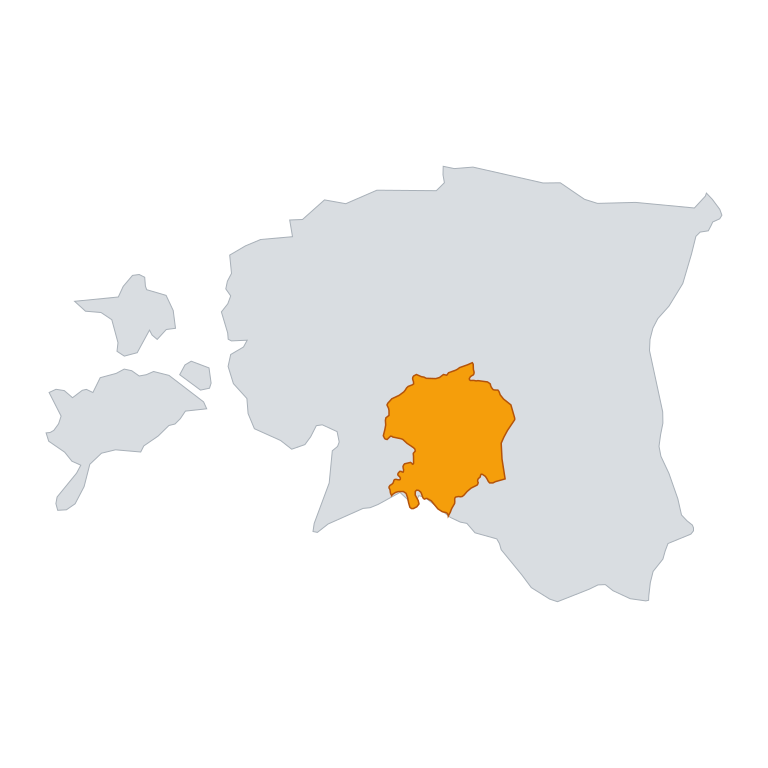 where Viljandi sits in Estonia
{"feature_id": "EST-2350", "entity_name": "Viljandi", "entity_type": "County", "adm_level": 1, "iso_a3": "EST", "parent_name": "Estonia", "parent_adm1": "", "projection": "albers", "projection_center": [25.42, 58.32], "detail": "fine", "context": "in_parent", "style": "filled", "palette": "amber", "viewbox_px": 768, "rotation_deg": 0, "n_neighbors": 0, "source": "natural_earth", "source_scale": "10m", "svg_char_len": 4851}
<svg xmlns="http://www.w3.org/2000/svg" viewBox="0 0 768 768"><path d="M648.6,600.3L645.8,600.9L630.2,598.7L613.0,590.7L605.3,584.6L598.0,584.9L589.2,589.2L557.5,601.7L549.7,599.1L531.3,587.6L521.9,575.0L501.2,549.7L499.5,543.7L496.8,538.9L475.0,532.8L466.9,523.4L460.3,522.1L450.5,517.5L425.1,497.5L418.8,495.6L417.3,499.0L417.7,503.7L416.1,506.4L412.9,506.3L407.0,498.9L400.0,492.4L378.0,504.5L370.1,507.7L363.1,508.4L328.1,524.0L317.4,532.4L313.0,531.5L314.2,523.4L329.2,483.0L332.3,450.8L337.6,446.4L339.2,442.0L337.1,431.6L322.3,424.8L316.3,425.7L310.7,436.7L304.9,444.6L291.7,449.2L280.6,440.5L254.4,428.7L248.1,413.6L246.9,398.5L233.4,383.6L228.1,366.4L230.7,354.5L243.5,347.0L247.2,340.2L231.4,340.9L228.2,339.2L227.7,333.0L221.4,311.9L227.8,303.8L230.7,295.9L225.8,288.9L227.4,281.2L231.5,273.4L229.7,255.1L245.4,245.9L260.6,239.5L292.5,236.7L289.7,220.0L302.5,219.5L324.5,199.9L345.8,203.7L376.9,190.2L436.3,190.7L444.4,182.7L443.0,174.8L443.2,166.3L454.3,168.6L473.0,167.1L543.1,183.0L560.3,182.8L584.5,199.3L597.5,203.4L635.5,202.4L694.4,208.0L705.4,196.1L706.4,193.1L712.3,199.3L719.8,209.4L721.9,215.2L719.7,218.8L712.7,222.0L711.2,225.3L708.3,230.8L700.1,232.1L695.9,236.3L691.5,254.0L682.8,283.5L669.0,306.1L657.8,318.6L652.9,328.1L650.0,339.4L649.5,350.6L662.7,411.9L662.9,423.1L660.6,434.6L659.0,446.3L660.9,456.3L668.9,473.3L677.8,498.7L681.5,515.0L687.1,520.9L692.4,525.1L693.5,527.9L693.5,530.8L690.9,534.1L668.0,543.5L665.2,550.9L662.9,559.1L653.1,571.4L650.3,582.7L648.8,595.7L648.6,600.3ZM131.7,370.7L139.2,376.0L146.3,374.7L153.6,371.5L169.0,375.4L203.6,401.9L206.7,408.8L185.4,411.1L180.3,418.7L175.0,424.0L168.9,425.5L158.2,436.0L143.8,445.9L140.7,452.0L115.5,449.8L101.5,453.2L89.8,464.3L84.1,486.6L75.1,503.8L66.4,509.8L57.7,510.3L55.9,503.6L57.1,497.0L76.6,473.1L80.8,465.2L71.9,461.2L64.7,452.2L48.7,441.2L46.1,432.9L50.1,432.5L53.8,430.4L58.6,423.8L61.1,416.1L49.1,392.5L56.0,389.3L64.3,390.6L72.5,397.7L82.3,390.3L86.4,389.4L92.9,392.5L100.2,377.7L116.2,373.4L124.2,369.1L131.7,370.7ZM166.3,329.5L157.2,339.4L152.1,335.1L149.5,330.1L137.2,352.7L124.3,356.1L117.0,351.3L118.0,342.7L111.8,319.7L101.0,312.5L85.5,311.2L74.6,301.3L118.3,297.0L123.2,286.4L132.5,275.4L139.2,274.5L144.7,277.3L145.4,286.1L146.7,289.7L166.1,295.4L173.2,310.5L175.5,328.3L166.3,329.5ZM209.5,388.2L200.5,390.1L179.7,374.7L185.0,364.9L191.2,361.2L209.0,367.9L211.1,383.1L209.5,388.2Z" fill="#d9dde1" stroke="#a8b0b8" stroke-width="1"/><path d="M424.4,499.1L423.4,498.4L422.7,497.2L421.4,493.5L420.7,492.1L418.7,490.4L416.7,490.1L415.3,491.4L415.2,495.0L418.2,500.6L419.0,503.9L416.8,506.8L413.3,508.6L411.5,508.6L409.9,507.3L408.6,502.8L407.6,497.7L406.1,493.4L403.3,491.5L398.2,491.6L395.6,492.4L393.2,493.9L391.6,495.5L391.6,495.4L390.8,494.0L390.5,493.1L390.3,492.1L390.2,490.9L390.0,489.8L389.6,488.9L389.0,487.9L389.1,486.7L390.0,485.4L391.9,484.2L393.0,483.1L393.6,481.6L393.9,480.4L394.5,479.6L396.0,479.3L397.6,479.7L399.2,479.9L400.2,479.5L400.4,478.1L399.9,477.1L399.4,476.5L398.4,475.7L397.9,475.0L397.8,474.1L398.4,472.8L399.9,471.3L401.2,471.4L402.2,472.0L403.0,472.2L403.4,471.6L403.6,469.8L403.2,468.2L403.0,466.4L403.7,464.9L404.6,463.8L410.5,462.4L411.8,463.3L412.4,464.2L413.1,464.1L413.6,463.2L413.5,456.0L413.3,454.4L413.3,453.3L415.3,451.0L414.8,449.0L413.5,447.7L407.1,443.4L402.9,439.5L401.3,438.8L392.7,437.0L392.1,436.4L390.5,436.2L387.1,439.5L385.2,439.0L384.6,438.4L383.3,435.8L384.9,429.4L385.7,425.0L385.4,420.4L385.9,417.8L389.0,415.4L389.0,410.5L388.5,408.2L387.2,405.5L387.0,404.9L387.8,403.2L391.9,398.7L399.2,395.3L403.8,391.9L405.2,390.2L406.6,387.9L408.2,386.4L412.4,384.8L413.6,383.9L413.5,381.8L413.0,380.3L412.6,378.8L412.8,377.3L413.6,376.0L416.4,374.5L421.5,376.7L424.0,377.1L426.2,378.3L435.8,378.6L439.5,377.5L443.5,374.5L446.7,375.2L448.6,372.7L455.6,370.2L457.5,369.2L459.6,367.6L467.5,364.8L472.3,362.7L473.2,364.2L473.4,369.5L474.1,372.2L473.9,373.9L473.3,374.9L471.3,376.0L470.2,377.0L469.3,378.6L469.5,379.8L470.5,380.5L473.8,380.4L476.1,380.9L477.9,380.6L487.4,381.9L488.8,382.8L490.3,384.0L490.6,385.5L491.1,386.8L491.9,388.1L493.1,389.6L494.5,390.0L497.9,390.1L498.9,391.4L499.6,393.1L500.1,394.7L503.5,399.0L510.9,404.9L514.7,418.2L514.7,419.7L507.5,430.4L503.9,437.1L501.2,443.2L502.0,459.0L505.1,478.9L495.3,481.7L493.0,482.9L489.6,482.9L488.3,481.4L486.9,478.7L485.4,476.4L482.5,474.4L481.2,474.2L480.6,475.1L480.4,476.1L480.2,477.0L478.7,478.3L477.9,479.3L477.6,480.6L477.7,481.5L478.2,482.6L477.8,484.0L477.1,485.1L471.1,488.1L467.1,491.5L463.9,495.2L462.2,496.5L460.3,496.8L458.6,496.5L455.8,497.0L454.8,498.1L454.7,499.7L454.8,501.7L454.6,503.5L451.9,508.2L451.1,510.0L450.4,512.0L448.3,516.0L448.2,514.9L447.2,513.3L446.1,512.6L442.3,511.7L437.9,508.9L433.8,503.9L431.3,500.8L426.9,498.4L425.8,498.5L425.1,498.9L424.4,499.1Z" fill="#f59e0b" stroke="#b45309" stroke-width="1.5"/></svg>